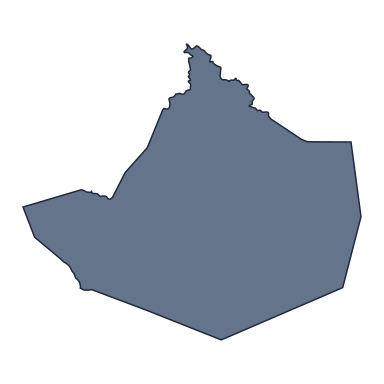 outline of El Rosario, Olancho, Honduras
{"feature_id": "27666195B45441120072404", "entity_name": "El Rosario", "entity_type": "district", "adm_level": 2, "iso_a3": "HND", "parent_name": "Honduras", "parent_adm1": "Olancho", "projection": "orthographic", "projection_center": [-86.7, 14.904], "detail": "fine", "context": "isolated", "style": "filled", "palette": "slate", "viewbox_px": 384, "rotation_deg": 0, "n_neighbors": 0, "source": "geoboundaries", "source_scale": "gbopen_adm2", "svg_char_len": 5448}
<svg xmlns="http://www.w3.org/2000/svg" viewBox="0 0 384 384"><path d="M147.4,310.6L221.2,339.9L342.7,287.6L361.0,216.7L351.0,142.0L309.0,141.8L307.3,141.6L306.3,141.3L305.1,140.8L301.7,139.5L271.0,119.1L270.1,118.0L269.2,117.2L269.0,116.9L268.8,116.6L268.6,116.1L268.5,115.4L268.5,114.9L268.5,113.7L268.4,113.0L268.3,112.8L268.2,112.6L267.9,112.3L267.6,112.2L267.3,112.1L266.7,112.0L266.2,112.0L265.6,112.0L263.5,112.2L262.5,112.3L262.4,112.2L262.2,112.1L261.6,111.4L260.9,110.8L260.3,110.4L260.0,110.3L259.6,110.2L259.1,110.3L258.7,110.4L258.2,110.6L257.9,110.6L257.5,110.7L257.3,110.5L257.0,110.0L255.9,108.7L255.6,108.4L255.3,108.1L254.9,108.0L253.9,107.7L250.6,106.7L249.8,106.4L249.5,106.2L249.3,106.1L249.2,105.9L249.2,105.7L249.3,105.6L250.0,105.2L252.0,104.5L252.1,104.4L252.2,103.3L252.2,101.6L252.3,101.2L252.5,100.9L252.7,100.6L253.4,99.8L253.8,99.4L254.0,98.9L254.1,98.7L254.0,98.1L253.8,97.7L253.5,97.3L252.9,96.6L251.4,95.0L250.5,94.1L249.8,93.6L249.6,93.5L249.6,93.3L249.3,91.2L248.2,90.1L247.0,89.1L246.7,88.8L246.7,88.7L248.0,86.5L248.1,86.3L248.2,85.7L248.2,85.4L248.0,85.0L247.8,84.8L247.4,84.6L247.1,84.5L246.1,84.4L245.6,84.4L244.5,84.6L243.1,84.8L242.7,84.8L242.2,84.6L241.8,84.0L240.9,83.1L240.4,82.5L239.6,81.5L239.2,80.8L239.0,80.6L238.8,80.5L238.4,80.4L237.8,80.6L237.4,80.6L236.9,80.5L236.6,80.3L236.4,80.1L236.4,79.9L236.3,79.7L236.4,79.2L236.3,78.9L236.2,78.7L235.9,78.5L235.6,78.4L235.3,78.7L234.7,79.3L234.4,79.7L234.1,79.9L233.5,80.1L232.7,80.2L232.2,80.2L231.4,80.1L230.9,80.1L230.5,80.3L230.0,80.6L229.7,80.8L229.4,81.3L229.2,81.3L228.9,81.4L228.6,80.9L228.4,80.8L227.8,80.7L227.1,80.2L226.8,80.1L226.3,80.0L225.7,79.8L225.0,79.7L224.1,79.7L223.3,79.8L222.9,79.8L222.5,79.7L222.0,79.4L221.6,79.2L221.4,78.9L221.1,78.6L220.8,78.2L220.6,77.7L220.4,77.2L220.2,76.8L220.2,76.3L220.1,75.3L220.2,74.7L220.5,71.5L220.9,68.4L220.9,67.9L220.8,67.6L220.6,67.3L220.1,67.0L219.6,66.8L218.8,66.6L218.5,66.5L215.7,65.1L215.1,64.7L214.1,63.9L213.5,63.2L213.1,62.7L213.0,62.1L212.9,61.9L212.7,61.6L212.5,61.4L212.3,61.4L211.8,61.5L211.5,61.6L211.0,61.9L210.6,62.0L210.2,62.1L210.0,61.9L210.0,61.4L210.1,59.3L210.2,59.0L210.5,58.6L210.6,58.3L210.8,57.4L211.0,56.5L211.0,56.1L211.0,55.9L211.0,55.7L210.9,55.6L210.6,55.4L208.5,54.5L207.7,54.2L207.3,53.9L206.6,53.3L205.9,52.7L205.2,51.9L204.7,51.0L204.2,50.6L203.9,50.4L202.9,50.0L201.6,49.5L201.1,49.2L200.4,48.6L199.6,47.7L198.6,46.8L198.2,46.5L197.6,46.2L197.0,45.9L196.7,45.8L195.3,47.0L194.6,47.6L193.6,48.3L192.6,48.9L192.4,49.0L192.0,49.1L191.6,49.1L191.3,48.9L190.9,48.6L190.2,47.7L189.0,46.1L188.2,45.2L187.7,44.7L187.2,44.4L186.7,44.1L186.5,44.3L186.7,44.5L186.8,44.9L187.5,47.4L187.5,47.7L187.4,48.2L187.3,48.5L187.1,48.9L186.9,49.2L186.7,49.4L186.4,49.6L186.0,49.9L185.8,50.0L185.4,50.4L185.3,50.6L185.1,50.8L184.5,51.1L184.3,51.3L184.1,51.5L184.1,51.8L184.1,52.0L184.2,52.3L184.4,52.5L184.6,52.6L185.2,52.7L186.0,52.5L187.4,52.5L188.0,52.6L188.6,52.8L188.9,53.0L189.2,53.2L189.5,53.5L189.8,54.0L190.0,54.3L190.9,55.1L191.2,55.3L191.4,55.4L191.7,55.5L192.2,55.6L192.5,55.8L192.8,56.1L193.0,56.3L193.0,56.6L192.7,57.0L191.3,57.8L190.6,58.1L190.4,58.1L190.1,58.1L189.7,58.0L189.3,58.0L189.1,58.1L188.8,58.2L188.7,58.3L188.7,58.7L188.8,59.3L188.7,60.9L188.7,61.6L188.8,61.9L188.9,62.4L189.2,63.2L189.6,64.8L190.2,68.0L190.4,68.9L190.4,69.4L190.4,69.7L190.3,70.0L190.2,70.2L190.1,70.4L189.8,70.7L189.4,71.0L189.0,71.3L188.7,71.7L188.5,72.0L188.5,72.4L188.6,72.8L188.8,73.2L188.9,73.4L189.4,73.9L189.5,74.1L189.6,74.4L189.6,74.7L189.6,75.0L189.4,75.3L189.3,75.5L188.9,75.8L188.8,76.0L188.5,76.6L188.4,76.8L188.5,77.1L190.1,79.1L190.4,79.6L190.6,80.1L190.5,80.3L188.8,80.9L188.4,81.0L188.3,81.3L188.4,81.7L188.6,82.0L190.3,83.8L190.5,84.1L190.6,84.4L190.7,84.9L190.6,85.7L190.4,87.6L190.3,88.7L190.3,89.0L190.2,89.2L190.1,89.4L189.9,89.6L189.7,89.7L189.5,89.9L188.8,90.0L188.6,90.0L188.3,90.0L186.8,90.6L186.4,90.7L186.1,91.1L185.6,91.7L184.9,92.7L184.5,93.3L183.9,93.9L183.5,94.1L183.3,94.2L183.0,94.3L182.5,94.3L181.7,94.0L180.5,93.6L180.2,93.6L179.7,93.5L179.1,93.5L178.6,93.6L178.0,93.7L176.8,94.0L176.1,94.0L175.9,94.1L175.6,94.5L175.3,95.0L174.9,95.5L174.6,95.9L174.1,96.4L173.6,96.8L173.0,97.1L172.5,97.3L172.1,97.4L171.1,97.5L170.2,97.8L169.6,98.1L169.4,98.3L169.2,98.5L169.0,99.0L169.0,99.5L169.2,100.4L169.6,101.5L169.7,102.0L169.8,102.4L169.8,103.0L169.9,103.5L169.9,104.7L169.8,105.9L169.6,106.8L169.4,107.3L169.1,107.8L168.9,108.1L168.6,108.4L168.0,108.8L167.7,108.9L167.5,109.0L167.1,109.0L166.7,109.0L165.9,109.0L164.9,108.7L164.0,108.4L162.5,110.2L162.4,110.7L147.2,147.8L125.2,172.5L112.5,197.4L111.5,198.2L111.0,198.6L110.2,199.1L109.7,199.2L109.3,199.2L108.8,199.1L108.5,199.0L108.2,198.8L107.6,198.4L107.3,198.1L107.1,197.8L107.0,197.5L106.9,197.1L106.7,196.8L106.3,196.5L105.8,196.3L105.0,196.1L104.1,196.0L102.4,196.1L100.5,196.3L100.3,196.3L100.1,196.2L99.7,196.1L99.4,195.8L98.7,195.2L97.9,194.2L97.5,193.9L97.3,193.8L97.0,193.7L96.2,193.7L94.8,193.5L93.8,193.5L93.4,193.5L93.1,193.5L92.7,193.3L92.3,193.1L92.0,192.7L91.7,192.2L91.5,191.5L90.9,192.3L89.5,192.3L87.0,192.1L85.5,191.5L85.1,191.2L84.2,190.7L83.0,190.2L81.4,189.8L80.1,190.1L23.0,207.0L34.6,237.2L60.3,258.7L63.5,261.8L66.7,263.7L69.1,265.8L70.4,267.7L72.0,271.2L73.6,273.0L74.4,274.4L75.1,276.3L75.6,277.9L77.1,279.2L78.0,280.1L79.4,282.2L79.9,283.7L80.6,287.1L80.2,288.0L82.5,289.3L84.4,290.1L89.0,290.1L91.6,289.6L147.4,310.6Z" fill="#64748b" stroke="#1e293b" stroke-width="1.5"/></svg>